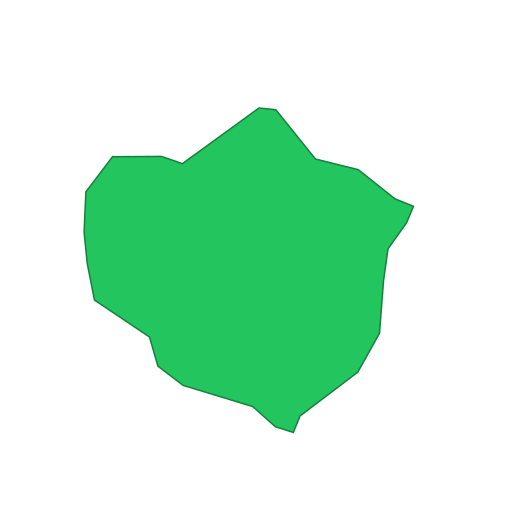 Perstorp, Skåne, Sweden (Natural Earth projection), rotated 144°
{"feature_id": "70781695B63196163664063", "entity_name": "Perstorp", "entity_type": "district", "adm_level": 2, "iso_a3": "SWE", "parent_name": "Sweden", "parent_adm1": "Skåne", "projection": "natural_earth1", "projection_center": [13.405, 56.216], "detail": "fine", "context": "isolated", "style": "filled", "palette": "green", "viewbox_px": 512, "rotation_deg": 144, "n_neighbors": 0, "source": "geoboundaries", "source_scale": "gbopen_adm2", "svg_char_len": 505}
<svg xmlns="http://www.w3.org/2000/svg" viewBox="0 0 512 512"><g transform="rotate(144 256 256)"><path d="M313.5,420.7L355.9,407.9L381.1,376.3L396.9,349.2L412.6,315.3L389.8,253.1L400.1,224.5L391.0,194.1L365.2,160.0L347.1,136.0L340.7,106.5L329.5,91.3L314.4,100.7L241.9,102.2L201.5,120.9L167.2,161.2L145.0,184.2L114.8,194.3L99.4,203.6L110.0,220.6L122.5,265.7L150.9,299.5L154.0,362.7L166.6,374.0L261.3,374.0L273.9,392.1L311.7,419.2L313.5,420.7Z" fill="#22c55e" stroke="#15803d" stroke-width="1.5"/></g></svg>